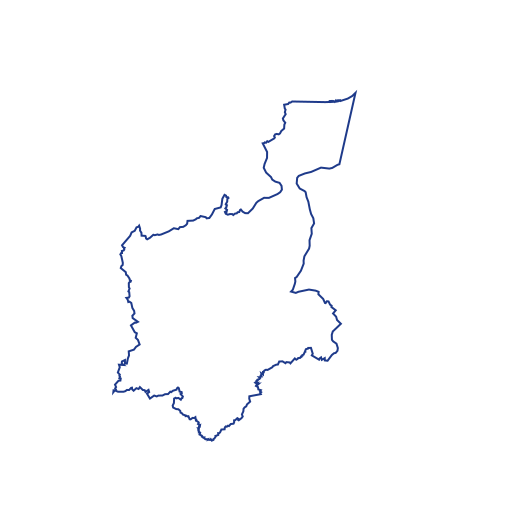 the district of Arboletes, Antioquia, Colombia, rotated 32°
{"feature_id": "7082276B51622711378413", "entity_name": "Arboletes", "entity_type": "district", "adm_level": 2, "iso_a3": "COL", "parent_name": "Colombia", "parent_adm1": "Antioquia", "projection": "natural_earth1", "projection_center": [-76.373, 8.653], "detail": "fine", "context": "isolated", "style": "outline", "palette": "blue", "viewbox_px": 512, "rotation_deg": 32, "n_neighbors": 0, "source": "geoboundaries", "source_scale": "gbopen_adm2", "svg_char_len": 6117}
<svg xmlns="http://www.w3.org/2000/svg" viewBox="0 0 512 512"><g transform="rotate(32 256 256)"><path d="M140.8,292.2L140.7,293.6L139.5,295.0L139.8,298.9L138.0,301.9L138.6,305.6L136.7,317.9L138.5,318.9L140.2,318.7L140.1,319.6L140.9,320.4L140.8,321.5L139.6,322.8L140.8,324.5L140.1,325.0L140.1,326.5L141.8,327.4L146.7,332.4L147.7,334.3L147.2,335.9L147.7,337.9L154.1,338.7L155.8,340.7L157.4,340.7L160.7,342.2L161.7,343.3L163.1,343.3L163.3,344.3L162.6,345.1L162.5,346.4L164.8,349.9L166.0,350.5L166.6,353.7L167.6,353.8L170.1,357.1L170.2,358.6L168.3,360.2L170.3,361.0L172.1,362.7L172.8,361.8L175.1,361.9L178.7,365.6L181.7,367.1L183.4,369.1L182.8,372.2L184.3,374.0L190.7,374.4L189.5,376.3L188.5,376.7L186.7,381.1L193.6,384.9L195.9,384.7L197.3,389.1L200.3,389.7L204.2,392.7L202.4,396.6L202.1,400.1L198.6,404.3L201.0,407.6L201.6,410.7L203.5,415.7L201.9,416.7L200.0,413.7L198.2,416.5L199.1,418.3L201.5,418.6L197.4,420.8L199.4,422.5L200.6,428.0L203.4,428.8L203.6,430.0L204.6,430.4L204.9,432.0L206.2,431.6L207.0,433.5L205.5,434.6L204.6,439.8L206.8,441.3L206.7,442.9L207.9,443.5L207.3,445.1L206.4,445.4L207.2,447.1L207.5,444.8L211.0,444.2L215.5,441.4L216.8,439.9L217.5,438.0L219.4,436.9L220.0,434.0L220.6,433.4L221.7,434.7L223.6,435.1L224.6,431.5L226.9,431.0L227.0,428.7L231.0,429.6L232.7,428.8L234.3,429.8L235.8,426.5L237.5,428.0L236.5,430.5L241.6,433.1L243.6,428.3L246.2,427.7L247.2,426.1L250.6,423.9L252.1,421.4L254.6,419.7L255.2,416.5L256.2,416.4L257.0,414.2L259.4,411.5L259.1,410.0L259.5,408.9L260.6,409.0L263.1,411.5L265.0,410.8L265.8,411.7L265.2,413.0L268.4,413.9L268.8,415.5L268.3,416.0L268.4,417.7L265.4,417.5L263.9,418.9L263.0,418.8L262.1,420.3L264.3,424.2L264.6,427.0L266.0,428.4L269.5,428.1L271.4,427.1L273.8,427.5L275.0,428.8L276.5,428.6L278.1,429.2L280.5,428.6L281.1,429.1L281.7,428.3L282.9,428.4L283.6,427.7L286.2,429.6L287.1,429.2L288.0,426.9L289.4,426.2L290.0,424.8L292.1,427.2L292.4,426.8L292.8,427.3L295.3,427.4L295.9,427.8L295.9,429.2L297.8,429.1L298.0,430.1L298.3,429.4L298.8,430.6L298.1,431.0L298.8,432.2L298.2,432.7L298.9,432.9L299.1,434.0L299.8,433.9L300.3,435.1L301.5,435.3L301.4,435.9L302.4,435.7L302.7,437.3L305.1,437.1L305.7,437.8L306.1,437.4L307.3,438.0L308.4,437.2L308.7,438.0L310.2,438.2L312.0,437.0L312.3,437.5L312.8,436.5L313.2,437.0L314.5,436.3L314.7,435.3L316.3,436.0L317.3,434.6L316.9,434.0L317.4,432.9L317.5,430.5L317.0,430.1L318.8,427.8L317.8,426.3L318.6,425.9L319.0,424.6L318.6,421.5L321.2,419.6L320.4,417.8L320.7,416.5L321.7,416.3L322.1,414.8L323.2,414.6L323.6,411.9L325.8,410.1L325.6,408.6L324.5,407.0L325.4,406.2L326.1,403.4L327.3,403.4L327.8,404.5L328.4,404.5L329.6,401.3L329.8,399.2L328.0,397.8L327.6,394.5L326.4,392.1L326.6,390.3L327.4,388.7L327.0,386.6L328.2,382.6L325.9,380.6L324.7,378.5L333.3,370.6L332.1,369.9L332.5,368.7L331.1,368.5L331.2,367.2L328.7,367.9L327.1,366.1L325.1,366.2L325.9,363.4L324.8,364.5L324.8,362.8L323.8,363.8L322.4,363.8L323.1,361.9L322.6,361.5L323.3,360.6L322.8,360.1L324.1,358.5L324.2,357.5L323.0,357.2L324.0,356.7L323.6,355.8L324.5,355.2L323.3,354.5L323.5,353.4L322.7,352.7L324.7,352.8L323.4,350.7L324.1,350.4L323.7,349.8L323.9,348.5L324.7,347.2L326.2,346.5L328.8,341.7L328.8,340.4L330.7,337.5L332.1,336.4L331.6,333.2L334.3,331.3L337.8,331.3L338.0,329.9L341.0,328.4L342.1,328.8L343.2,322.3L345.1,322.6L345.8,321.3L345.8,320.3L347.5,318.9L347.4,317.7L347.8,317.5L347.5,317.1L348.2,316.1L347.8,315.6L348.6,314.4L348.2,311.5L348.6,311.0L348.0,310.4L347.7,308.6L349.2,306.9L349.0,306.3L351.3,304.8L355.9,308.8L356.0,310.7L364.4,310.5L364.2,309.2L364.9,307.5L366.8,309.2L368.4,306.2L369.7,308.1L372.2,306.9L372.8,299.7L373.7,297.1L374.9,296.0L375.3,293.2L374.2,290.7L370.7,287.7L366.6,287.5L364.8,286.8L362.0,282.7L361.1,279.3L363.9,268.5L358.6,267.3L356.1,265.0L351.8,263.9L352.4,259.8L347.0,259.3L346.5,258.1L344.6,258.0L341.6,256.1L340.1,256.8L340.0,259.1L339.4,259.3L335.7,256.8L329.2,255.4L328.1,253.2L324.9,253.8L318.7,256.4L311.0,263.8L309.3,266.2L304.6,267.6L305.1,265.1L303.7,259.1L302.9,256.8L300.8,254.0L301.6,252.3L301.9,244.7L300.5,237.2L298.8,234.7L297.2,230.6L297.1,221.6L296.1,218.9L293.0,214.2L291.5,207.6L288.2,203.0L288.0,197.6L284.6,193.6L280.5,191.2L276.9,187.9L271.6,182.2L267.7,179.3L264.3,175.6L262.8,175.2L257.3,175.6L252.1,173.0L249.5,167.9L249.8,165.4L253.7,160.1L258.2,155.5L264.3,146.6L271.9,143.0L274.0,140.9L276.8,135.5L278.1,134.0L253.9,64.9L252.8,69.4L250.4,73.9L245.3,80.0L244.4,80.2L244.3,79.7L243.7,80.2L244.1,80.4L243.8,81.1L243.1,81.1L243.2,80.6L242.6,81.0L243.1,81.3L242.8,82.2L241.9,82.2L241.9,81.6L241.4,82.1L241.8,82.8L241.5,83.2L241.2,82.8L241.1,83.6L240.3,83.6L240.4,83.9L239.0,84.9L238.9,84.0L238.2,84.4L238.6,85.1L237.8,85.7L237.6,84.7L236.9,85.2L237.4,85.4L237.3,86.1L236.8,86.3L236.5,85.5L236.6,86.5L233.2,88.8L204.8,105.8L204.0,107.6L202.9,108.2L202.7,110.1L199.7,112.8L202.3,115.7L203.5,116.2L204.3,118.8L206.0,120.0L205.9,125.1L207.4,126.5L210.2,127.5L210.4,129.5L212.3,133.0L211.2,136.6L211.4,139.3L210.8,140.8L208.9,141.5L207.8,142.7L207.8,144.7L209.1,145.4L209.2,146.5L206.0,152.7L204.7,152.7L204.5,154.6L203.3,155.0L203.4,155.5L202.0,156.9L210.3,161.9L213.4,167.0L214.5,173.4L215.8,177.1L220.4,179.9L226.9,181.1L229.3,182.6L232.9,182.7L237.2,181.5L240.5,183.0L242.8,186.0L242.7,189.1L241.4,192.1L236.2,199.8L232.0,202.4L228.8,208.3L228.1,210.7L228.1,217.5L226.5,224.0L224.1,225.4L221.2,225.5L218.5,224.6L218.1,225.4L218.5,227.6L217.2,228.7L217.1,230.0L215.7,231.2L215.0,233.3L213.8,233.0L211.7,234.2L210.2,235.9L208.0,236.2L206.3,235.1L206.6,234.5L207.9,235.0L207.0,232.2L204.8,231.9L205.0,229.8L204.4,229.3L204.4,228.3L202.9,228.1L202.8,225.2L201.4,222.7L201.9,221.4L201.3,221.0L199.6,221.7L198.6,220.7L196.9,220.8L197.1,225.2L199.8,231.1L200.3,233.5L196.1,238.0L196.6,244.1L196.3,248.5L194.2,250.2L192.8,249.7L187.8,251.5L187.5,253.8L185.8,255.5L185.5,256.8L183.9,259.3L179.3,262.5L180.5,265.1L180.2,267.1L178.8,269.9L176.2,271.8L175.9,274.4L171.6,276.0L169.0,281.3L164.1,288.1L162.5,289.6L161.1,289.9L159.1,292.0L157.7,292.4L156.4,296.8L154.9,299.5L153.5,299.4L151.9,297.7L151.3,297.7L148.2,299.4L146.5,297.0L144.2,295.9L143.2,294.2L140.8,292.2Z" fill="none" stroke="#1e3a8a" stroke-width="2"/></g></svg>